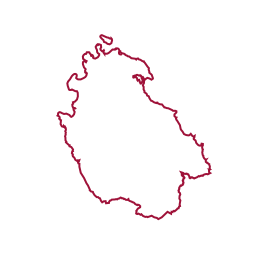 South West Malekula, Malampa, Vanuatu (Robinson projection), rotated 157°
{"feature_id": "77236927B2761964185252", "entity_name": "South West Malekula", "entity_type": "district", "adm_level": 2, "iso_a3": "VUT", "parent_name": "Vanuatu", "parent_adm1": "Malampa", "projection": "robinson", "projection_center": [167.511, -16.429], "detail": "fine", "context": "isolated", "style": "outline", "palette": "rose", "viewbox_px": 256, "rotation_deg": 157, "n_neighbors": 0, "source": "geoboundaries", "source_scale": "gbopen_adm2", "svg_char_len": 5792}
<svg xmlns="http://www.w3.org/2000/svg" viewBox="0 0 256 256"><g transform="rotate(157 128 128)"><path d="M70.0,54.4L70.5,55.1L70.6,55.7L69.9,57.6L68.7,57.8L69.0,58.2L68.6,58.1L68.7,58.6L67.6,60.8L67.6,62.8L67.4,63.0L68.3,64.2L68.4,64.9L68.8,64.9L69.6,66.4L69.1,67.9L68.5,68.3L68.8,68.3L69.7,70.2L69.9,72.2L69.5,72.8L69.8,74.0L69.1,76.8L68.3,77.6L68.0,78.7L67.5,78.9L67.5,80.8L66.7,82.2L65.9,82.7L65.3,84.1L66.4,84.8L67.1,83.9L68.0,83.4L69.3,84.0L70.2,85.2L71.0,87.6L70.7,90.1L71.8,92.0L71.6,92.7L70.6,93.4L69.8,94.7L71.0,94.5L71.8,95.3L72.5,98.1L74.2,97.4L75.3,97.6L77.2,98.8L78.8,100.5L79.2,103.6L79.7,105.0L79.9,106.5L79.1,110.3L79.9,115.6L80.2,116.6L80.2,117.9L79.3,118.7L79.9,119.1L80.6,120.9L79.9,122.4L77.4,123.4L76.9,124.5L77.5,125.2L79.9,126.3L80.4,127.3L83.2,130.4L84.6,131.2L86.2,132.8L86.5,132.8L87.5,136.4L89.4,137.4L91.0,139.2L91.0,139.9L91.5,140.1L92.0,139.8L92.6,140.2L94.1,141.6L95.1,143.3L96.1,144.1L96.6,146.8L96.5,149.1L97.7,150.4L97.5,152.3L98.9,154.5L98.4,155.6L98.6,157.3L97.5,159.8L97.7,161.2L97.5,161.7L95.7,163.2L95.0,164.8L93.8,165.8L93.8,166.3L94.5,166.7L95.5,166.6L97.4,164.5L98.7,163.8L99.1,164.0L99.2,165.7L99.0,166.0L98.9,168.0L99.8,168.2L100.5,167.8L100.7,168.5L100.2,170.3L100.8,171.3L100.7,172.0L102.2,172.4L103.0,172.1L103.4,172.5L102.9,173.7L101.2,173.6L100.5,172.9L99.7,173.5L98.9,173.4L97.2,171.8L96.3,171.9L95.7,171.2L95.8,170.6L95.5,170.3L95.8,169.2L94.4,169.1L94.3,168.3L94.8,168.8L95.8,168.3L95.9,167.7L95.5,167.1L94.4,167.2L93.3,166.1L90.6,166.6L88.9,165.2L87.5,163.3L85.8,163.7L85.6,164.3L85.4,167.8L86.8,170.6L86.3,171.7L86.2,173.6L85.4,174.9L86.0,176.6L87.1,181.8L87.6,182.7L87.4,183.1L88.6,183.9L89.9,185.9L91.2,186.9L91.6,188.1L92.7,188.3L93.7,187.8L94.2,188.9L97.6,190.9L98.9,193.3L100.3,194.2L100.6,195.0L101.8,196.1L102.1,197.2L102.9,198.2L104.0,198.8L104.4,199.4L105.8,198.4L107.0,199.3L107.1,200.2L106.7,201.3L105.4,201.0L105.1,201.7L105.7,202.2L105.7,204.2L106.3,205.2L107.9,206.0L108.3,205.9L108.1,205.6L108.3,205.2L109.3,205.2L111.6,206.3L115.8,204.8L117.8,204.5L119.4,205.0L120.6,206.1L120.8,205.6L121.1,207.0L120.8,208.2L119.9,208.5L119.9,209.0L121.2,208.5L121.8,208.7L122.7,210.7L122.5,211.7L121.2,212.7L120.5,215.0L121.7,216.2L122.6,216.1L122.4,216.6L122.7,216.8L123.2,217.0L124.3,216.6L126.0,215.4L126.2,214.6L126.1,212.0L126.7,209.9L126.5,208.7L125.6,207.3L126.2,206.1L128.2,204.9L131.0,204.7L132.3,205.6L132.7,206.4L132.0,207.4L132.2,208.9L132.7,209.4L133.6,208.7L133.8,208.9L133.5,210.1L134.0,211.5L134.0,212.6L134.3,213.0L136.4,213.8L137.6,212.6L138.8,213.0L140.4,212.5L141.6,211.5L142.3,209.2L140.9,206.8L140.0,205.8L141.0,205.0L141.8,206.5L143.1,206.5L143.7,206.2L144.3,205.1L144.6,204.2L144.8,200.9L144.0,198.7L145.1,197.6L145.7,195.9L145.3,195.2L144.7,195.2L144.5,194.4L145.9,192.5L147.4,191.6L149.4,191.3L152.5,191.2L154.7,192.1L155.5,192.8L156.2,194.3L154.8,196.0L154.5,196.9L154.6,197.6L155.2,198.3L156.3,198.7L157.8,198.4L159.4,197.7L162.4,195.5L165.0,194.2L166.4,192.8L167.0,190.4L167.3,186.4L166.7,185.7L164.9,185.1L164.5,185.3L162.0,182.4L160.6,181.8L160.5,180.1L161.8,176.7L163.8,174.2L166.6,173.0L168.6,173.2L168.9,171.8L170.1,171.4L170.6,169.9L170.6,168.0L168.5,166.7L168.0,167.0L168.7,166.6L170.6,167.4L171.0,165.8L170.8,163.7L172.3,161.7L174.3,160.6L175.8,160.4L176.3,160.9L176.8,162.8L179.1,165.3L181.4,165.9L183.0,167.5L184.0,168.8L185.0,169.4L186.6,168.9L187.3,167.3L188.0,166.9L186.9,165.6L186.7,164.8L186.9,164.0L187.7,163.4L187.2,162.6L187.1,161.4L186.7,161.2L188.5,158.0L188.3,155.4L186.9,154.2L186.4,154.9L186.3,154.5L185.6,154.3L185.4,152.7L185.7,152.5L185.4,152.1L185.9,150.5L187.0,149.6L187.0,148.1L187.8,147.0L187.9,146.3L189.2,144.9L189.3,143.8L190.4,140.9L190.1,139.5L190.7,139.0L188.9,135.1L188.5,134.9L189.0,134.0L187.6,132.6L187.0,129.7L187.6,129.0L187.7,128.2L188.5,128.2L189.5,126.7L189.2,125.8L189.2,124.9L189.6,124.7L189.8,123.4L189.0,121.7L188.9,119.3L187.7,117.5L186.7,117.9L186.1,117.3L185.5,117.3L186.1,116.6L187.4,116.2L187.5,114.8L186.7,114.1L187.9,111.3L189.0,105.2L188.0,99.1L187.8,93.3L187.3,90.8L187.2,86.0L187.5,85.7L186.9,84.1L185.3,82.9L185.4,81.8L185.0,79.2L183.8,76.6L182.5,76.0L182.1,74.9L181.3,74.3L181.3,71.4L180.8,69.7L179.1,70.0L177.2,69.4L177.6,67.3L174.8,66.5L174.5,67.2L173.1,68.2L172.3,68.0L170.9,68.4L167.9,67.3L166.7,67.2L165.9,66.5L164.6,66.8L163.4,66.5L162.1,66.9L161.0,66.0L161.0,65.6L159.8,65.0L159.5,64.2L158.8,64.1L158.1,62.8L156.8,62.1L155.4,62.4L155.6,61.2L154.8,60.0L153.2,58.6L153.0,58.0L152.2,57.5L151.5,56.6L151.1,55.2L149.6,53.4L148.9,53.6L147.8,52.6L147.3,51.3L147.8,50.3L150.5,49.9L152.8,48.4L152.7,47.9L153.9,46.1L153.7,45.7L153.1,45.2L151.8,45.1L150.3,43.2L149.4,43.4L148.5,41.1L146.8,39.4L145.3,39.0L144.8,38.3L140.5,38.0L138.7,35.5L136.6,34.0L135.7,32.3L131.8,32.6L124.4,35.4L121.9,32.3L121.7,32.8L120.8,33.3L120.6,33.8L119.8,33.2L119.5,33.6L118.1,33.8L117.6,33.1L114.8,34.0L113.8,34.6L112.8,34.3L111.6,35.8L110.6,35.8L110.3,37.5L108.1,40.9L108.3,42.9L107.1,45.3L105.9,46.3L105.6,47.7L106.3,49.4L105.8,50.1L105.9,50.8L104.5,51.9L104.5,52.6L104.0,53.2L102.4,54.3L102.0,54.5L101.6,54.0L99.6,54.4L99.7,54.9L98.3,55.8L98.4,57.0L97.9,57.5L98.2,58.2L97.9,58.6L97.1,59.0L96.7,59.8L95.8,59.8L95.4,60.3L95.9,62.1L95.6,63.0L95.8,63.4L96.7,62.8L96.9,63.8L96.2,65.0L96.4,66.5L94.8,65.1L94.5,64.2L92.7,63.1L92.2,63.3L91.5,62.8L91.3,62.1L90.6,61.8L90.5,59.8L90.8,58.0L90.5,57.5L89.9,57.4L89.2,58.0L88.1,57.5L87.8,56.8L87.0,56.3L86.8,55.7L83.7,55.7L81.6,56.1L81.1,55.5L79.5,55.6L78.6,55.1L78.3,55.3L77.7,54.8L76.8,55.4L74.9,55.3L73.3,54.8L72.7,54.2L70.0,54.4ZM109.3,217.3L110.0,217.6L110.6,218.7L112.0,219.6L115.8,223.7L117.1,223.7L117.8,223.0L117.8,222.1L116.8,219.4L116.3,218.7L116.4,216.5L115.0,215.4L114.0,213.5L112.2,212.2L110.2,212.6L108.4,214.9L108.1,216.2L108.3,216.8L108.5,216.4L109.3,217.3Z" fill="none" stroke="#9f1239" stroke-width="2"/></g></svg>